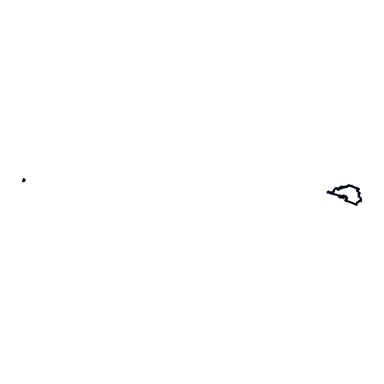 the district of Manzanillo, Colima, Mexico
{"feature_id": "50627088B77985545046422", "entity_name": "Manzanillo", "entity_type": "district", "adm_level": 2, "iso_a3": "MEX", "parent_name": "Mexico", "parent_adm1": "Colima", "projection": "albers", "projection_center": [-104.517, 19.132], "detail": "fine", "context": "isolated", "style": "outline", "palette": "ink", "viewbox_px": 384, "rotation_deg": 0, "n_neighbors": 0, "source": "geoboundaries", "source_scale": "gbopen_adm2", "svg_char_len": 4294}
<svg xmlns="http://www.w3.org/2000/svg" viewBox="0 0 384 384"><path d="M359.1,193.8L358.9,193.7L359.2,193.4L359.7,193.1L359.3,192.7L359.0,192.6L357.6,191.3L357.7,191.1L357.6,190.9L357.2,190.8L356.9,190.6L356.9,190.4L357.3,190.4L357.6,190.3L357.7,190.2L358.3,190.1L358.9,189.3L358.7,188.8L358.3,188.5L357.5,188.6L356.2,188.3L356.0,188.2L356.2,187.7L355.3,187.6L355.1,187.7L354.9,187.6L353.5,187.2L353.6,186.9L353.3,186.8L352.7,186.6L352.1,186.4L352.1,186.5L351.2,186.2L350.8,186.1L351.0,185.9L350.8,185.9L350.7,185.7L350.4,185.6L350.0,185.5L349.8,185.4L349.4,185.5L349.1,185.4L349.1,185.6L348.8,185.7L348.7,185.9L348.5,186.0L348.4,186.0L348.2,185.8L348.0,186.0L347.8,186.2L347.6,185.8L347.4,185.8L347.2,186.2L346.9,186.3L346.7,186.6L346.6,186.9L346.5,187.0L346.4,187.1L346.2,187.0L346.0,186.9L345.7,186.7L345.4,186.6L345.1,186.5L344.6,187.1L344.3,187.6L344.1,187.6L344.1,187.4L343.9,187.2L343.5,187.0L343.0,187.5L342.4,187.5L342.2,187.7L342.2,187.3L342.1,187.1L342.3,186.8L342.2,186.6L341.6,186.8L341.4,187.0L341.2,187.1L341.0,186.9L340.8,187.1L340.4,187.1L340.2,187.2L340.4,187.4L340.4,187.6L340.3,188.0L340.2,188.0L339.8,188.2L339.4,188.1L339.3,188.4L339.5,188.7L339.2,188.8L338.9,188.9L338.9,189.1L339.1,189.4L339.1,189.5L338.9,189.6L338.6,189.7L338.5,189.3L338.4,189.2L338.2,189.5L337.9,189.7L337.7,189.5L337.8,188.8L337.5,188.4L337.4,188.4L337.2,188.5L337.0,188.9L336.8,188.9L336.6,188.7L336.1,188.1L335.6,188.2L335.4,188.6L335.0,188.9L334.9,189.0L334.6,189.3L334.4,189.6L334.3,189.8L334.3,190.0L334.2,190.3L333.9,190.2L333.8,190.3L333.8,190.5L333.8,191.0L333.8,191.4L333.5,191.6L333.6,191.8L333.6,192.0L333.4,192.3L333.2,192.4L333.0,192.0L332.8,192.0L332.5,192.1L332.3,192.4L332.5,192.8L332.5,193.2L332.9,193.2L333.0,193.3L332.9,193.7L332.8,193.9L332.5,193.9L332.4,193.8L332.1,193.8L331.9,193.6L331.7,193.6L331.7,193.3L331.5,193.0L331.3,193.0L331.4,192.9L331.5,192.8L331.5,192.6L331.5,192.4L331.4,192.4L331.1,192.3L331.0,192.5L330.9,192.6L330.7,192.6L329.6,192.2L329.3,192.2L329.0,192.1L328.8,192.0L328.6,192.0L328.3,191.6L328.1,191.8L328.3,192.0L328.2,192.2L327.9,192.1L327.8,192.5L328.1,192.5L329.1,192.7L332.1,193.8L332.6,194.0L333.2,194.0L334.1,194.2L337.8,195.2L338.6,195.7L338.7,195.8L338.9,195.9L338.9,196.0L339.1,195.9L339.3,196.0L339.4,195.9L339.4,196.0L339.5,196.0L339.7,196.3L339.8,196.3L339.7,196.4L339.6,196.5L339.8,196.5L339.8,196.8L340.0,196.9L340.0,197.0L339.8,197.0L340.0,197.0L340.2,197.4L340.3,197.3L340.4,197.1L340.3,196.9L340.3,196.7L340.5,196.7L340.6,196.9L340.8,196.9L340.9,196.6L341.1,196.6L341.3,196.2L341.6,196.2L341.7,196.3L341.8,196.3L342.0,196.4L341.9,196.5L341.9,196.4L341.9,196.5L342.0,196.5L342.1,196.8L342.3,196.9L342.3,197.1L342.5,197.3L342.5,197.2L342.4,197.2L342.5,197.1L342.6,196.8L342.7,196.7L342.4,196.4L342.3,196.2L342.5,195.8L342.9,195.6L343.4,195.5L343.9,195.5L344.4,195.7L344.5,195.8L344.7,196.0L344.5,196.3L344.6,196.2L344.7,196.3L344.7,196.5L344.4,196.7L344.5,196.7L344.4,196.8L344.5,196.8L344.5,197.0L344.8,196.8L344.8,196.7L345.0,196.6L344.9,196.6L345.0,196.5L344.9,196.5L344.9,196.3L345.1,196.3L345.5,196.4L346.0,196.6L346.5,197.1L346.8,197.5L347.0,198.0L347.0,198.5L346.9,198.5L347.0,198.7L346.9,198.8L346.6,199.0L346.6,198.9L346.5,199.0L346.5,198.8L346.3,198.9L346.4,198.7L346.3,198.8L346.3,198.7L346.5,198.6L346.2,198.8L345.9,199.0L345.7,199.1L345.7,199.3L345.6,199.5L345.7,199.9L345.5,200.0L345.4,200.2L345.5,200.3L345.4,200.6L345.5,200.7L345.6,200.8L345.8,200.7L346.3,200.8L348.0,201.3L348.9,201.7L349.2,201.9L349.3,201.8L349.6,201.9L353.3,203.4L356.2,204.7L356.3,204.7L356.2,204.5L357.0,202.6L357.2,202.4L357.5,202.4L358.2,202.4L358.8,201.3L359.1,201.0L359.3,201.0L359.5,201.2L359.4,201.2L359.6,201.3L360.1,201.1L360.3,201.2L360.6,201.1L360.3,200.6L360.5,200.5L360.4,200.4L360.5,200.1L360.8,199.9L361.0,199.7L360.7,199.3L360.8,199.0L360.7,198.7L360.8,198.6L360.6,198.4L360.6,198.2L360.1,197.7L360.0,197.4L359.8,197.3L359.3,196.9L358.9,196.4L358.7,196.4L359.0,195.5L358.7,195.0L358.6,194.8L358.9,194.1L359.1,194.1L359.1,193.9L359.1,193.8ZM24.2,181.0L24.2,180.9L24.1,180.4L24.3,180.3L24.3,180.0L24.5,179.8L24.3,179.6L24.3,179.4L24.0,179.3L24.0,179.5L24.0,179.8L23.8,179.8L23.8,180.0L23.7,180.1L23.2,180.4L23.1,180.5L23.0,180.9L23.2,181.1L23.3,181.2L23.7,181.1L23.8,181.2L24.2,181.0Z" fill="none" stroke="#020617" stroke-width="2"/></svg>